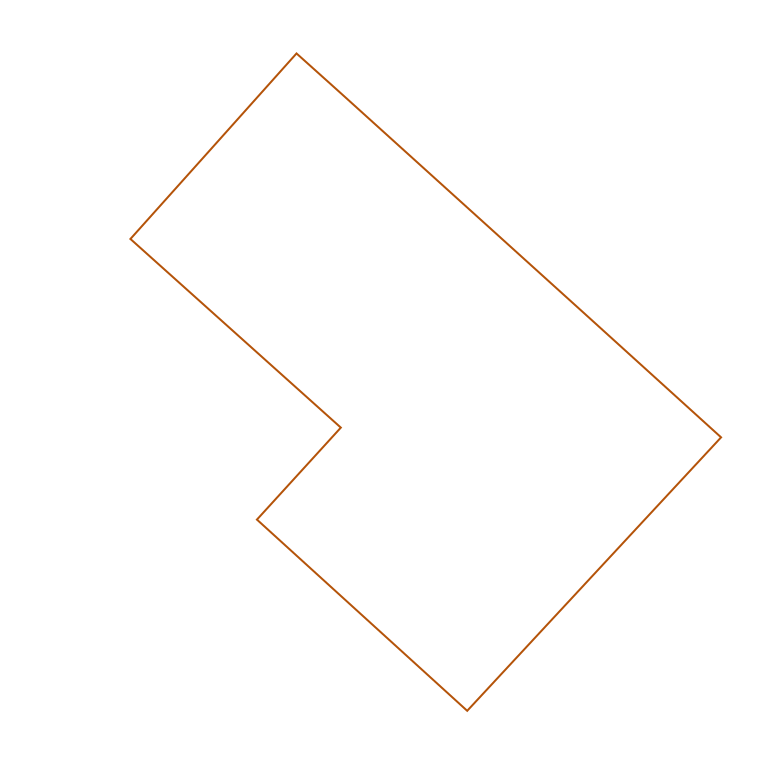 the district of Menominee, Wisconsin, United States of America, rotated 42°
{"feature_id": "52423323B25535404345073", "entity_name": "Menominee", "entity_type": "district", "adm_level": 2, "iso_a3": "USA", "parent_name": "United States of America", "parent_adm1": "Wisconsin", "projection": "robinson", "projection_center": [-88.76, 44.987], "detail": "fine", "context": "isolated", "style": "outline", "palette": "amber", "viewbox_px": 768, "rotation_deg": 42, "n_neighbors": 0, "source": "geoboundaries", "source_scale": "gbopen_adm2", "svg_char_len": 282}
<svg xmlns="http://www.w3.org/2000/svg" viewBox="0 0 768 768"><g transform="rotate(42 384 384)"><path d="M489.4,197.5L157.1,196.8L97.8,196.9L98.2,322.7L98.5,445.9L381.1,445.3L380.3,569.8L664.5,571.2L670.2,198.1L489.4,197.5Z" fill="none" stroke="#b45309" stroke-width="2"/></g></svg>